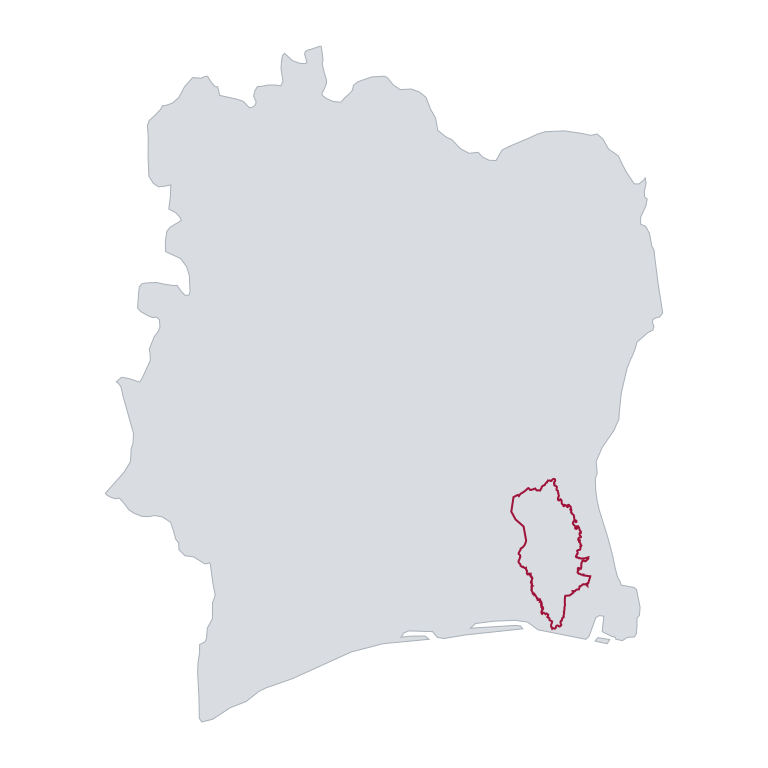 Me, Agnéby, Ivory Coast shown in context
{"feature_id": "98640826B88194950838049", "entity_name": "Me", "entity_type": "district", "adm_level": 2, "iso_a3": "CIV", "parent_name": "Ivory Coast", "parent_adm1": "Agnéby", "projection": "natural_earth1", "projection_center": [-3.666, 5.937], "detail": "fine", "context": "in_parent", "style": "outline", "palette": "rose", "viewbox_px": 768, "rotation_deg": 0, "n_neighbors": 0, "source": "geoboundaries", "source_scale": "gbopen_adm2", "svg_char_len": 9591}
<svg xmlns="http://www.w3.org/2000/svg" viewBox="0 0 768 768"><path d="M162.5,105.7L165.2,105.6L172.2,103.2L178.6,97.8L184.6,86.6L192.6,77.6L201.6,78.2L204.3,76.6L207.5,76.2L211.2,82.2L215.0,86.7L217.7,86.8L219.7,95.4L236.2,99.0L243.2,101.3L249.2,107.6L251.2,107.7L253.8,106.4L255.7,104.2L256.1,101.8L253.6,96.2L254.7,91.1L257.4,86.6L261.6,86.3L268.0,85.0L275.3,85.0L280.8,85.8L283.0,81.3L281.0,68.6L281.5,61.6L282.4,55.7L284.5,53.3L292.6,60.7L300.1,63.4L305.4,63.6L306.9,62.2L304.6,54.1L305.3,51.6L307.2,50.2L310.8,49.4L320.3,46.1L321.3,46.7L323.0,59.5L322.2,63.7L324.2,72.4L326.6,80.4L326.4,83.7L324.4,88.7L322.0,93.3L322.2,95.2L326.0,98.3L333.3,101.5L340.8,102.2L345.0,97.5L349.4,93.7L352.4,90.3L353.5,85.3L358.2,81.6L371.9,76.9L384.4,76.2L387.4,77.7L393.1,84.8L400.3,89.6L411.2,89.0L419.2,91.9L426.0,97.3L430.6,109.3L435.6,118.0L437.8,130.3L445.8,136.8L452.0,139.8L460.4,148.7L469.2,153.3L478.2,152.3L482.5,157.0L489.2,160.3L496.0,160.5L501.9,150.2L509.8,146.1L529.6,137.8L537.4,134.1L545.4,131.7L564.5,130.9L582.2,133.5L591.0,135.4L597.1,134.0L602.8,138.9L608.7,149.2L613.6,152.5L618.5,156.1L622.2,164.2L626.5,172.3L628.9,175.9L634.2,183.8L638.8,184.0L643.3,180.5L645.2,177.9L646.1,183.2L644.3,191.7L644.7,197.0L647.2,199.0L645.9,205.8L640.6,217.4L640.6,224.2L645.8,226.4L649.5,233.6L651.8,246.0L654.0,250.2L654.2,252.7L658.0,282.8L662.7,312.9L659.7,316.9L655.7,318.0L653.0,319.4L652.3,322.2L654.0,326.4L652.9,330.1L647.8,332.7L636.8,342.3L636.0,346.1L633.1,354.3L630.6,359.3L627.0,368.5L621.3,392.9L619.2,413.2L618.9,419.4L616.7,423.8L614.2,430.0L602.2,447.4L596.1,461.6L596.8,467.7L597.1,473.9L595.3,478.4L595.7,490.4L597.1,500.4L599.3,510.2L608.0,538.1L612.5,555.0L615.3,568.6L617.8,577.8L620.1,581.5L621.1,585.0L634.0,587.5L636.5,589.5L640.1,607.3L639.4,615.3L636.9,618.4L637.0,625.2L636.4,633.6L634.5,636.9L627.3,637.4L622.4,640.6L615.9,639.3L615.3,637.2L611.8,636.4L602.2,631.6L603.8,616.2L599.4,615.6L595.9,617.6L589.1,636.1L585.9,639.3L538.0,629.8L527.6,622.1L515.2,620.3L493.5,621.2L475.6,623.5L470.5,628.2L515.6,625.4L520.5,626.0L522.8,628.8L465.7,634.9L443.9,638.5L437.4,637.5L432.5,631.6L408.9,630.9L404.0,632.8L401.1,637.2L410.4,636.2L425.1,636.0L429.0,639.3L383.0,643.7L351.1,652.0L337.5,658.2L293.0,678.4L265.8,688.0L258.7,691.5L246.3,701.4L230.4,707.6L212.6,719.3L201.7,721.9L199.3,718.2L199.0,698.5L197.6,672.1L198.1,662.0L199.6,652.5L199.6,644.6L205.1,641.7L206.5,638.3L207.3,628.1L212.4,618.8L212.5,602.5L214.0,599.1L215.2,594.8L213.0,584.1L210.3,564.0L208.9,562.7L207.7,563.5L204.8,563.9L193.6,556.9L185.0,555.7L179.0,549.8L178.6,543.0L175.7,539.1L173.6,531.2L170.6,522.3L162.1,516.8L154.2,515.5L148.5,516.7L141.8,516.3L134.2,513.3L128.9,509.9L124.0,503.3L119.4,498.1L115.7,498.8L111.2,497.5L106.8,495.1L105.3,493.3L123.9,472.4L130.2,462.2L130.9,455.9L131.0,449.6L133.0,443.1L133.5,433.3L123.4,397.5L120.8,386.4L118.1,383.1L116.3,381.9L121.5,377.3L128.7,378.5L139.6,382.1L142.0,378.5L150.3,360.5L150.1,353.7L149.3,349.1L154.2,336.7L158.0,331.9L160.0,326.8L159.4,319.7L156.5,317.1L152.7,317.6L148.1,315.8L141.1,311.8L137.6,308.2L138.7,291.8L139.4,286.8L141.9,283.8L145.7,283.0L156.6,282.5L165.3,284.4L173.0,285.5L177.2,285.5L180.4,290.3L184.9,295.3L188.8,295.2L190.1,291.6L189.3,275.4L186.7,266.9L180.8,258.7L165.6,251.6L165.3,241.8L166.9,231.2L170.2,227.2L181.5,220.4L179.5,216.8L175.9,212.9L168.8,209.0L170.4,196.3L170.8,184.9L164.8,186.2L158.5,186.8L153.3,183.3L148.9,176.4L148.1,157.4L148.2,135.5L147.4,125.8L149.1,120.6L154.5,115.8L160.4,109.6L162.5,105.7ZM609.7,639.6L607.2,643.8L595.1,641.1L598.0,637.6L609.7,639.6Z" fill="#d9dde1" stroke="#a8b0b8" stroke-width="1"/><path d="M531.3,590.0L532.8,592.6L532.8,592.9L532.6,593.1L532.7,593.7L533.5,594.0L533.9,593.6L534.0,593.6L534.0,594.0L534.3,594.2L534.3,594.5L534.5,594.3L534.7,594.6L534.9,594.6L535.2,595.2L535.4,595.2L535.6,595.8L536.5,597.2L536.8,598.0L537.4,598.1L537.5,598.6L537.4,599.3L537.6,599.5L537.6,600.0L537.9,600.1L538.3,599.5L538.7,599.9L539.3,599.3L539.6,599.2L539.6,599.6L539.9,599.6L540.1,599.8L540.1,600.4L540.4,600.8L540.2,601.4L540.6,601.5L540.4,601.8L541.1,601.7L541.6,602.8L541.5,603.0L541.1,603.2L541.3,603.6L541.8,604.0L541.8,604.3L541.5,604.5L541.6,604.8L541.0,605.0L541.1,605.4L541.3,605.6L541.3,606.7L541.9,606.6L542.0,607.6L542.3,607.2L542.4,607.4L542.8,607.3L542.9,607.6L542.7,607.9L543.1,608.2L543.0,608.4L542.6,608.5L542.9,609.1L542.7,609.3L542.4,609.2L542.4,610.1L541.7,610.9L541.9,611.2L541.8,611.8L541.5,611.7L541.4,612.1L541.4,612.4L541.7,612.4L541.9,612.7L541.8,613.6L542.2,614.0L543.0,614.3L542.5,613.9L542.4,613.2L542.9,612.8L543.8,612.7L545.7,614.2L546.4,613.5L547.8,614.2L548.2,614.9L548.0,615.3L548.1,615.7L547.4,616.7L547.4,617.3L548.0,617.6L548.7,617.6L549.3,618.1L549.5,618.7L549.4,619.9L549.7,620.2L550.7,620.8L551.4,620.9L552.1,621.4L551.9,622.9L551.2,624.4L551.1,626.6L551.6,627.0L552.2,628.7L552.7,628.1L553.0,628.1L553.3,628.1L554.4,628.7L554.8,628.7L555.2,628.5L555.8,627.8L556.0,626.7L556.3,626.0L556.8,625.6L557.5,625.5L558.1,625.6L559.2,626.5L559.6,626.6L560.2,626.3L561.3,625.0L561.2,624.4L560.7,623.8L560.5,621.6L561.0,620.9L561.5,620.9L562.0,619.9L562.1,618.4L562.7,617.8L563.5,617.4L563.8,616.8L563.4,616.4L563.4,616.0L564.1,613.8L564.1,612.8L563.8,612.2L564.1,611.8L564.1,610.8L564.3,610.6L564.4,610.2L564.5,608.6L564.3,608.2L564.5,607.8L564.5,606.9L565.0,605.2L564.8,602.9L564.8,600.6L565.0,597.0L565.3,595.8L569.7,595.4L573.3,592.7L572.7,591.7L572.6,591.0L575.1,591.2L575.7,590.3L576.4,589.7L577.4,589.4L578.8,589.5L579.6,587.3L579.4,586.9L579.6,586.3L581.3,585.7L583.1,584.2L583.5,584.4L584.2,584.4L585.2,584.1L586.6,585.0L587.3,585.7L587.2,584.9L586.7,583.9L587.5,583.1L587.8,583.0L587.9,583.3L588.2,583.3L590.3,576.3L583.7,575.4L583.8,575.1L583.6,574.6L583.0,574.9L582.6,574.7L581.5,574.7L579.3,573.7L578.8,573.8L578.2,573.0L577.6,572.6L577.8,570.9L578.0,571.0L578.6,570.3L578.5,569.6L578.2,569.3L577.8,568.8L578.2,567.9L578.6,568.0L579.1,568.5L579.6,568.3L580.4,568.9L580.9,568.8L580.9,568.3L581.4,566.9L581.2,566.2L581.4,563.2L581.7,562.8L581.7,562.3L582.2,561.7L582.4,560.9L583.3,560.5L583.8,560.9L584.4,560.8L585.2,561.3L585.9,561.1L586.2,560.5L588.1,559.0L588.3,558.6L588.1,558.1L588.3,557.3L584.2,558.5L583.4,558.4L581.5,558.7L579.8,558.0L579.2,558.3L578.7,558.2L577.6,557.4L577.2,557.0L576.9,557.0L576.4,557.3L576.0,556.7L575.9,556.2L576.3,555.9L576.6,555.0L576.8,554.3L577.7,553.7L577.7,552.7L577.4,551.7L577.1,551.2L577.1,550.9L578.2,550.0L578.9,550.0L580.1,549.6L580.3,549.2L580.5,547.7L580.3,546.6L580.3,546.4L581.2,546.0L581.4,545.7L581.3,545.3L580.5,544.5L580.5,543.7L580.1,542.9L579.1,541.9L579.2,541.6L579.9,540.9L579.9,540.3L579.8,540.1L579.4,540.1L578.6,540.5L578.2,539.7L578.3,539.0L578.7,537.9L579.2,537.6L580.7,537.4L581.0,537.0L581.0,536.6L580.8,536.4L579.7,535.1L579.5,533.7L579.8,532.7L580.0,532.6L580.8,533.0L580.9,532.9L580.7,532.1L580.9,531.7L580.6,531.1L579.7,530.2L579.0,527.7L578.1,526.2L577.4,526.2L576.3,526.4L576.1,526.6L576.2,527.2L577.0,528.0L577.0,528.5L576.9,528.7L576.4,528.9L575.5,528.7L575.3,528.6L575.1,528.1L575.3,527.3L575.1,526.3L573.1,524.0L572.9,523.3L573.0,522.5L573.7,521.2L574.5,521.1L575.8,522.1L576.4,521.9L576.5,521.7L576.3,520.7L575.1,520.2L574.3,519.4L574.2,517.6L574.0,517.2L574.1,516.5L573.9,515.6L573.5,514.9L571.7,513.4L571.8,513.1L571.1,512.4L571.4,510.2L571.3,509.8L570.8,510.1L570.6,510.1L570.3,509.5L570.8,508.2L570.6,507.4L570.8,507.0L569.0,505.0L568.4,504.8L567.7,505.2L567.6,505.6L568.0,506.0L568.1,506.5L567.9,506.8L567.4,507.1L566.5,506.3L565.8,505.4L564.7,504.8L564.1,505.2L563.9,506.1L563.6,506.2L563.3,505.7L563.0,504.8L562.2,504.1L561.8,503.5L561.7,502.7L561.6,500.6L561.3,500.0L560.3,499.2L559.8,500.1L559.4,500.4L558.5,500.3L558.1,500.0L557.9,498.2L558.3,497.4L558.5,496.6L558.9,496.0L558.9,495.7L558.3,493.8L558.4,493.3L557.9,492.2L557.9,490.8L556.6,489.9L556.5,489.0L556.9,487.1L556.8,486.8L555.5,485.6L554.7,485.6L554.2,485.0L554.4,483.5L554.0,483.2L554.0,482.8L554.2,482.1L555.1,481.1L555.2,480.1L554.8,479.2L554.5,479.0L553.6,478.9L553.0,479.1L552.0,480.0L551.7,480.7L551.2,481.0L550.5,480.9L549.8,480.4L548.7,480.7L548.0,480.5L547.8,481.0L547.1,481.7L547.0,482.4L545.8,483.1L544.6,485.2L543.9,485.3L542.6,486.0L541.8,486.8L541.3,488.6L540.8,489.0L540.4,490.1L540.0,490.6L538.2,490.3L537.1,490.5L535.8,489.5L535.4,488.7L535.2,488.5L534.0,488.9L533.4,489.3L532.2,489.5L531.4,489.9L531.1,489.8L530.1,489.9L529.7,489.6L529.3,488.8L528.4,488.1L527.6,488.5L526.4,489.8L523.9,491.8L520.7,493.7L519.8,494.7L518.9,496.1L517.8,494.9L513.5,497.1L511.3,511.6L515.6,519.5L523.6,526.5L526.1,540.3L526.1,540.9L525.4,543.2L524.5,545.2L522.5,547.5L520.7,548.5L520.5,550.0L520.1,550.3L519.4,551.8L518.9,552.4L518.6,553.8L518.7,554.0L519.8,554.8L520.0,555.1L520.2,555.9L520.1,556.4L520.4,556.8L520.2,557.3L519.9,557.6L519.3,559.7L518.8,560.3L518.5,561.8L518.9,562.8L520.3,564.2L520.6,565.8L521.5,566.5L522.5,567.1L522.9,566.7L523.3,566.8L523.9,567.3L524.2,567.8L524.6,567.9L525.6,568.4L525.7,568.2L526.0,568.0L526.1,569.7L526.9,570.4L527.0,570.9L526.8,572.8L526.9,573.4L527.4,574.4L527.7,574.5L528.5,574.4L528.8,573.7L529.0,573.5L529.5,573.9L530.0,573.8L530.4,574.2L530.7,574.0L530.8,575.0L530.2,575.2L530.3,575.8L531.2,577.0L531.7,576.9L531.9,577.2L532.0,577.7L532.4,578.2L531.9,578.7L531.9,580.3L531.6,580.9L531.2,581.1L531.2,581.4L531.5,581.6L531.7,581.9L530.9,582.5L531.0,582.7L531.5,582.7L531.5,583.1L531.8,583.5L531.7,583.7L531.7,584.2L532.0,584.3L531.9,584.8L532.3,585.6L532.1,586.0L532.4,586.1L532.1,586.3L531.9,586.1L531.7,586.1L531.7,586.7L531.4,586.9L531.7,588.0L532.0,588.3L531.9,588.9L531.6,589.2L531.6,589.7L531.3,590.0Z" fill="none" stroke="#9f1239" stroke-width="2"/></svg>